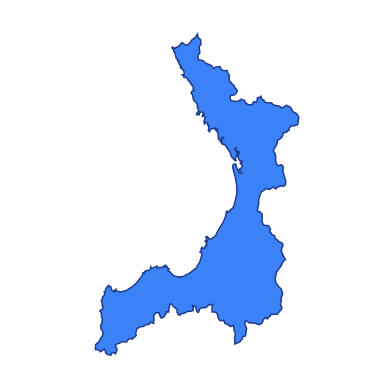 the district of Nuquí, Chocó, Colombia, rotated 353°
{"feature_id": "7082276B77502299141728", "entity_name": "Nuquí", "entity_type": "district", "adm_level": 2, "iso_a3": "COL", "parent_name": "Colombia", "parent_adm1": "Chocó", "projection": "mercator", "projection_center": [-77.319, 5.746], "detail": "fine", "context": "isolated", "style": "filled", "palette": "blue", "viewbox_px": 384, "rotation_deg": 353, "n_neighbors": 0, "source": "geoboundaries", "source_scale": "gbopen_adm2", "svg_char_len": 6056}
<svg xmlns="http://www.w3.org/2000/svg" viewBox="0 0 384 384"><g transform="rotate(353 192 192)"><path d="M227.5,341.4L229.6,333.9L228.3,329.8L229.2,326.7L230.4,326.7L232.9,329.0L234.5,328.7L235.6,329.7L237.6,329.4L241.6,331.6L243.3,331.7L245.8,330.4L247.1,327.7L249.3,325.5L250.0,325.4L250.5,326.7L251.7,327.1L252.5,325.6L254.4,324.8L255.4,323.1L261.8,323.7L266.9,318.8L267.1,317.4L266.0,313.8L267.7,310.5L267.2,308.5L269.2,305.1L269.5,302.8L268.5,298.8L266.6,296.8L264.7,293.4L263.7,289.0L266.2,281.7L271.4,276.2L273.9,272.1L276.6,270.3L275.4,268.2L275.3,266.9L274.3,266.2L274.5,264.8L273.3,261.7L274.5,258.0L275.4,257.3L275.7,254.9L275.1,253.6L272.5,252.0L270.8,249.9L268.9,248.6L268.8,245.7L265.6,243.5L265.3,242.0L264.4,241.2L265.3,239.0L264.3,235.5L263.2,234.5L260.3,234.1L258.7,233.1L257.9,229.4L259.0,222.9L257.4,220.3L254.7,219.0L254.8,217.6L256.7,212.1L257.1,208.3L259.2,202.9L261.0,200.2L264.0,199.0L265.5,197.4L269.2,198.9L273.5,197.0L275.5,199.2L277.5,197.4L281.8,196.8L283.6,197.4L285.4,196.5L286.4,193.2L284.8,182.6L285.6,177.9L284.1,175.8L280.6,176.4L279.3,174.5L278.8,171.1L279.5,165.7L277.8,160.3L280.6,157.2L282.9,152.9L282.9,151.6L287.8,148.7L290.0,144.5L293.6,143.9L294.6,142.7L295.8,142.7L296.1,140.7L298.6,138.3L300.7,138.8L304.7,138.2L305.5,136.9L307.1,130.5L305.3,126.8L302.2,124.9L300.1,119.9L296.3,117.4L290.9,119.8L290.0,117.9L288.6,117.1L287.1,117.2L286.2,116.4L283.5,115.7L281.9,113.3L277.3,112.6L275.2,111.6L274.3,109.2L273.2,108.9L272.5,107.8L272.2,105.4L270.6,106.6L269.5,106.2L268.1,106.9L268.1,108.6L267.0,110.5L264.3,109.9L262.3,112.6L258.3,112.2L255.6,109.1L255.2,107.3L252.9,106.7L252.2,105.8L248.3,107.8L242.5,106.4L241.7,105.7L241.1,103.0L242.2,100.9L245.8,100.8L248.2,99.1L249.2,97.1L248.3,94.6L247.4,94.1L246.5,91.1L245.2,90.0L244.2,87.9L242.7,87.1L242.7,83.8L243.4,80.8L242.5,79.9L241.6,75.7L238.5,75.5L236.7,74.6L235.7,73.4L235.3,71.4L234.0,70.8L230.3,71.0L229.1,72.2L227.4,70.6L226.9,69.0L220.5,65.3L219.1,63.0L214.5,61.4L214.3,57.4L216.7,54.9L216.8,48.6L218.9,46.5L219.1,41.9L217.1,39.8L216.6,35.9L214.7,38.5L210.4,41.1L207.0,44.7L204.9,45.5L203.4,45.3L200.4,42.5L195.7,46.3L193.9,46.3L193.0,47.6L190.2,45.7L189.7,46.6L190.8,47.8L191.2,51.0L192.0,51.8L192.7,57.6L193.8,58.0L193.6,60.1L194.9,60.9L194.6,63.1L196.5,65.5L196.5,67.0L195.8,66.4L196.0,68.1L197.1,68.1L198.8,71.5L198.5,74.7L196.6,74.5L198.1,76.7L198.0,77.9L198.4,77.1L199.1,77.1L201.3,78.7L202.0,81.1L203.6,82.7L203.8,84.4L204.6,84.4L205.1,86.5L206.2,88.0L205.6,89.4L206.5,91.0L204.4,91.9L203.1,93.5L204.4,96.0L204.7,100.7L207.5,104.4L207.9,105.9L207.7,108.9L208.6,112.5L206.9,113.7L206.1,115.4L206.8,115.1L207.5,115.5L207.3,116.1L208.7,116.2L209.1,113.8L210.2,114.1L211.0,113.6L213.5,115.4L213.2,117.0L212.0,116.7L211.5,118.5L213.2,117.9L214.3,119.4L212.7,122.5L212.5,124.7L213.5,124.5L213.0,125.7L214.9,124.8L216.3,125.9L215.6,127.5L217.0,128.6L216.3,129.6L216.4,132.7L215.7,132.7L215.9,133.5L216.9,134.3L217.3,132.8L218.6,131.7L220.9,131.9L222.6,131.3L224.3,131.8L225.2,134.0L224.0,132.6L222.9,132.4L223.1,133.7L224.1,134.7L224.9,137.0L224.8,143.2L227.3,144.5L227.8,142.4L229.2,141.2L229.6,141.1L229.0,141.5L229.8,141.8L228.1,143.0L228.1,145.4L226.5,145.6L228.2,148.6L229.3,148.2L230.8,149.7L234.5,157.0L235.4,161.7L238.6,166.2L239.6,166.1L239.5,165.4L238.5,165.4L238.6,164.9L242.2,158.7L239.8,155.5L240.4,153.4L241.0,153.2L240.6,155.3L241.1,156.5L243.8,158.3L241.7,162.3L242.9,166.3L245.3,167.4L245.2,168.8L244.3,168.2L243.3,169.2L245.1,171.8L244.3,174.1L242.2,174.8L241.7,175.8L244.0,179.2L242.8,179.7L241.5,179.2L239.1,172.8L239.0,169.8L236.6,169.4L235.3,172.1L236.8,182.9L237.2,191.5L236.5,198.6L232.2,210.5L230.5,212.9L227.3,214.8L226.0,216.5L224.9,216.5L224.5,215.2L223.8,215.6L222.6,219.8L219.5,225.5L213.1,233.5L210.1,238.2L206.4,240.5L203.1,240.9L202.2,238.6L201.2,237.9L200.3,238.1L201.1,242.5L200.4,242.7L200.1,242.1L199.8,242.7L199.3,242.1L198.9,242.5L200.6,244.2L199.9,245.1L200.1,247.2L198.8,247.0L197.7,249.4L197.0,249.0L195.1,249.3L195.1,248.3L194.2,249.2L194.0,251.3L192.6,252.5L194.1,253.9L194.4,255.1L191.0,262.8L188.4,265.6L187.3,267.7L179.4,272.4L172.4,274.9L167.4,274.5L163.4,272.8L160.0,267.9L158.7,267.7L158.6,266.6L159.9,265.4L158.5,264.7L158.3,263.1L157.2,262.8L156.9,261.6L156.2,262.5L155.6,262.0L155.4,262.8L154.5,262.2L153.5,263.6L151.4,262.9L148.6,263.2L147.9,262.2L148.2,261.3L143.1,262.9L142.3,262.7L142.0,261.4L141.4,263.2L140.0,264.6L137.9,264.2L136.6,265.1L135.9,264.7L134.6,266.8L133.4,266.1L132.4,269.0L125.4,275.9L120.3,279.2L114.8,281.7L109.2,282.6L104.0,280.7L104.6,279.4L103.0,280.2L102.8,281.1L102.4,280.4L101.8,280.9L100.4,279.9L99.8,275.9L98.5,275.8L98.0,274.5L97.3,274.8L94.4,277.7L93.9,280.3L92.7,280.4L92.9,282.4L92.2,284.3L90.9,284.6L90.0,286.4L90.1,287.7L88.6,288.6L89.5,292.3L88.9,293.8L89.7,294.4L89.2,297.0L86.0,298.7L87.3,301.0L86.9,305.2L87.6,307.0L86.2,312.1L85.1,313.1L85.0,316.8L86.2,318.8L86.5,322.4L81.1,329.5L77.8,331.7L76.9,336.5L80.1,337.4L81.6,339.4L85.8,337.3L86.5,338.5L86.7,341.4L88.7,343.2L91.7,344.0L92.6,342.2L94.8,341.9L96.3,343.3L98.4,339.4L97.3,334.4L100.0,333.3L101.4,333.5L103.8,332.0L108.8,332.9L111.4,329.9L115.0,330.7L115.3,329.5L116.7,329.5L119.1,327.6L119.0,324.9L121.0,320.3L122.3,320.5L123.3,319.5L127.7,319.5L130.0,318.0L133.2,318.2L134.9,316.2L138.0,317.7L137.8,315.9L138.7,314.7L138.9,310.0L141.1,307.7L144.3,307.5L145.7,313.0L147.2,313.3L149.5,312.1L150.3,310.2L151.5,309.5L151.8,307.4L153.5,308.3L154.3,308.2L155.0,304.4L156.7,300.5L158.2,300.9L160.6,304.7L162.6,306.1L162.9,307.5L162.4,309.4L163.7,312.4L164.3,312.7L165.3,312.7L166.6,311.3L169.3,311.5L172.4,310.1L176.8,310.2L178.8,309.7L178.8,307.6L179.5,306.8L178.5,305.2L178.7,304.6L181.7,306.2L182.2,310.8L182.8,311.9L183.8,312.2L185.5,308.8L186.3,308.3L192.1,308.3L195.0,306.0L196.3,306.4L198.9,306.0L197.9,308.7L197.3,313.5L200.9,314.1L202.2,315.7L202.8,320.8L203.9,322.9L206.5,323.5L208.1,323.2L208.6,326.5L210.6,327.4L213.9,330.3L216.9,329.6L216.9,334.0L217.8,338.5L216.6,341.3L215.9,348.1L221.1,346.6L223.9,343.8L224.9,341.6L227.5,341.4Z" fill="#3b82f6" stroke="#1e3a8a" stroke-width="1.5"/></g></svg>